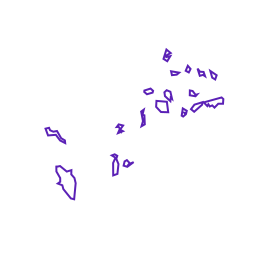 the district of Notioy Aigaioy, Notio Aigaio, Greece, rotated 118°
{"feature_id": "26713481B52894455575268", "entity_name": "Notioy Aigaioy", "entity_type": "district", "adm_level": 2, "iso_a3": "GRC", "parent_name": "Greece", "parent_adm1": "Notio Aigaio", "projection": "natural_earth1", "projection_center": [26.069, 36.671], "detail": "medium", "context": "isolated", "style": "outline", "palette": "violet", "viewbox_px": 256, "rotation_deg": 118, "n_neighbors": 0, "source": "geoboundaries", "source_scale": "gbopen_adm2", "svg_char_len": 1843}
<svg xmlns="http://www.w3.org/2000/svg" viewBox="0 0 256 256"><g transform="rotate(118 128 128)"><path d="M216.2,142.1L201.3,148.3L197.3,151.8L195.6,156.3L191.8,158.2L195.2,161.6L193.5,170.1L195.8,172.9L194.9,173.6L200.0,170.8L204.0,164.4L207.3,162.6L210.0,163.9L209.4,159.1L212.3,156.4L217.0,145.4L216.2,142.1ZM98.4,106.4L95.2,99.9L86.6,106.0L90.7,115.6L96.1,113.1L98.4,106.4ZM64.2,59.7L62.0,55.5L57.7,57.4L57.1,59.7L69.8,73.1L71.4,68.3L69.3,68.2L70.6,65.9L68.5,64.2L69.4,61.2L64.2,59.7ZM170.8,176.4L168.6,177.9L168.4,182.2L164.0,189.3L166.3,192.2L166.6,195.7L164.9,197.8L167.3,200.5L172.1,195.1L167.9,188.5L170.9,182.1L170.8,176.4ZM176.8,118.8L173.5,115.8L164.3,119.5L160.7,123.9L157.6,124.4L157.5,127.4L159.8,129.4L160.1,125.1L165.9,124.7L176.8,118.8ZM72.7,73.5L70.2,74.3L76.2,80.3L81.8,81.2L82.6,77.2L72.7,73.5ZM81.6,102.8L76.1,107.6L76.5,111.6L79.4,112.6L82.5,110.3L84.4,103.2L81.2,104.5L81.6,102.8ZM50.6,124.7L44.7,124.4L47.4,127.5L46.3,128.5L41.8,125.5L40.7,130.9L50.3,129.1L50.6,124.7ZM44.2,73.8L39.8,74.5L39.0,82.1L44.0,77.3L44.2,73.8ZM116.9,114.9L109.1,119.5L109.5,121.4L104.4,122.7L107.3,124.1L114.9,118.0L120.1,116.9L116.9,114.9ZM162.6,110.4L155.5,107.0L159.5,110.3L158.2,110.1L156.9,113.9L159.1,115.3L163.3,114.2L162.6,110.4ZM85.2,122.9L83.4,123.3L82.6,126.6L87.2,131.1L88.5,130.6L89.3,127.1L85.2,122.9ZM45.9,86.7L46.1,84.3L43.0,87.6L44.5,90.8L42.9,94.5L48.2,89.1L45.9,86.7ZM133.2,131.0L133.2,132.7L134.6,132.3L134.0,134.3L128.1,133.5L129.2,137.9L132.4,138.4L131.4,136.8L132.5,134.8L137.2,134.4L133.2,131.0ZM87.5,83.6L85.2,84.2L85.0,88.8L91.9,86.4L92.0,84.7L89.0,83.5L88.1,85.4L87.5,83.6ZM70.1,88.8L68.3,83.3L65.9,82.7L67.0,83.9L65.0,88.3L65.8,91.0L70.1,88.8ZM55.1,108.8L57.7,116.6L60.7,114.0L58.0,110.0L55.1,108.8ZM50.4,100.4L46.5,100.5L45.0,104.4L50.4,103.9L50.4,100.4Z" fill="none" stroke="#5b21b6" stroke-width="2"/></g></svg>